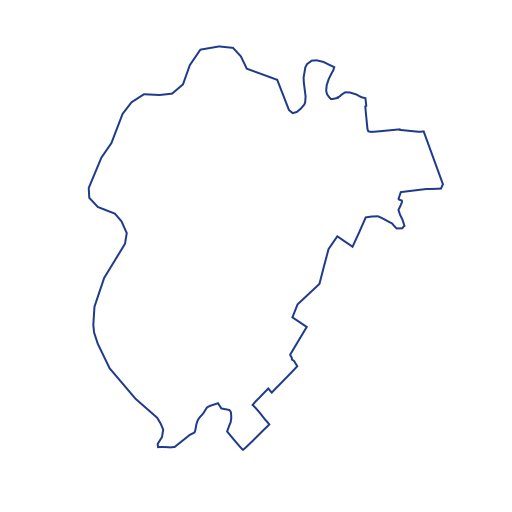 Namoloasa, Galati, Romania (Robinson projection), rotated 278°
{"feature_id": "2599482B8070137068735", "entity_name": "Namoloasa", "entity_type": "district", "adm_level": 2, "iso_a3": "ROU", "parent_name": "Romania", "parent_adm1": "Galati", "projection": "robinson", "projection_center": [27.591, 45.504], "detail": "fine", "context": "isolated", "style": "outline", "palette": "blue", "viewbox_px": 512, "rotation_deg": 278, "n_neighbors": 0, "source": "geoboundaries", "source_scale": "gbopen_adm2", "svg_char_len": 3001}
<svg xmlns="http://www.w3.org/2000/svg" viewBox="0 0 512 512"><g transform="rotate(278 256 256)"><path d="M152.6,312.2L156.6,308.9L157.6,308.0L158.0,306.8L158.4,306.1L158.6,305.9L158.9,305.8L159.8,305.8L160.2,305.6L160.9,305.1L162.1,304.0L163.0,303.6L166.7,305.1L167.1,305.3L169.8,306.4L192.8,316.1L200.3,300.6L213.9,303.9L214.3,304.2L227.5,314.9L237.2,322.7L238.1,322.8L254.1,324.6L273.0,326.9L273.8,327.3L286.8,333.8L282.7,342.0L281.0,345.6L278.6,350.3L293.9,354.9L309.5,359.3L311.1,364.7L312.3,371.1L311.8,373.1L310.6,376.8L309.0,381.1L308.3,382.9L307.6,385.0L307.1,386.3L306.4,387.1L305.6,387.9L302.9,391.3L303.3,394.2L303.8,397.0L305.6,398.0L306.4,398.8L307.6,398.3L312.3,396.0L317.1,392.8L321.2,390.8L321.8,390.7L325.2,391.9L329.4,393.0L330.7,392.9L331.2,392.7L331.8,389.7L332.4,389.2L339.4,390.5L341.6,398.6L345.8,414.4L345.9,414.7L347.2,422.8L348.5,429.8L353.1,431.1L402.7,404.7L401.7,400.4L401.5,396.1L400.9,380.8L401.4,380.6L396.1,358.4L395.5,355.7L394.9,352.4L395.1,349.9L397.2,348.7L414.2,344.6L419.3,343.4L420.1,344.3L427.5,342.4L427.8,339.1L428.6,336.2L429.2,334.8L429.9,333.0L431.0,326.2L430.5,321.6L428.1,318.7L425.5,316.5L425.1,315.9L424.5,314.9L424.3,314.6L423.9,314.8L422.3,310.5L421.9,309.2L421.9,308.3L423.3,306.5L426.0,303.9L427.6,303.2L429.4,302.5L433.7,302.3L434.9,302.2L441.4,303.4L448.3,305.7L450.2,306.6L452.0,306.9L453.9,307.2L455.7,301.4L457.6,295.7L458.2,288.8L457.2,284.0L453.1,279.8L449.7,278.6L439.3,278.3L434.5,279.2L420.9,282.9L414.9,283.3L412.8,282.8L408.2,279.9L404.3,276.4L402.6,272.4L405.2,268.3L433.4,252.5L440.2,220.8L451.5,213.3L455.2,208.8L458.9,204.3L458.4,190.3L452.6,172.2L435.8,163.9L415.8,159.8L405.1,150.3L402.0,138.0L400.6,122.6L391.0,111.4L378.2,104.1L347.7,97.1L331.9,89.2L300.1,80.9L295.9,81.7L290.4,82.8L282.5,92.6L280.5,101.1L278.3,110.4L271.5,118.1L260.7,124.8L250.1,124.6L248.8,124.1L235.8,118.5L220.8,112.0L213.2,108.7L183.3,103.1L165.0,104.5L157.7,106.3L147.1,111.5L124.4,126.7L97.9,156.5L82.1,180.6L77.3,184.5L74.7,186.2L71.0,188.3L63.6,188.1L56.3,184.8L53.1,185.6L53.8,189.7L54.2,193.2L54.6,198.1L55.6,202.1L58.0,204.3L67.6,213.4L69.5,215.1L72.5,219.5L73.8,220.0L75.9,220.2L79.7,220.3L82.5,220.6L84.4,221.0L85.7,221.4L87.1,222.0L88.7,222.9L91.9,225.1L93.9,226.2L97.9,227.9L99.3,228.7L99.9,229.4L101.4,231.7L104.9,238.9L100.2,242.9L99.9,249.2L99.7,251.1L98.5,252.4L97.7,252.9L95.7,253.4L91.8,254.1L87.7,254.0L85.1,253.3L78.2,251.8L77.8,252.2L75.8,254.5L75.1,255.2L72.4,258.2L71.9,258.7L70.4,260.4L69.9,261.0L65.9,265.5L65.7,265.7L62.3,269.8L62.3,270.1L62.4,270.4L63.3,271.0L64.3,272.0L70.5,276.9L70.7,277.1L72.5,278.5L73.5,279.2L82.2,285.8L86.1,288.8L89.7,291.6L91.0,292.6L91.9,291.7L93.8,289.6L95.1,288.0L101.1,281.7L102.5,280.2L103.8,278.7L105.4,276.8L107.9,273.6L108.0,273.4L108.5,273.7L109.9,274.5L111.2,275.4L112.3,276.1L115.9,278.9L118.2,280.5L119.8,281.7L126.1,286.3L126.5,286.6L122.9,290.6L127.7,294.0L134.2,298.9L136.0,300.2L136.7,300.7L144.8,306.7L149.0,309.7L152.6,312.2Z" fill="none" stroke="#1e3a8a" stroke-width="2"/></g></svg>